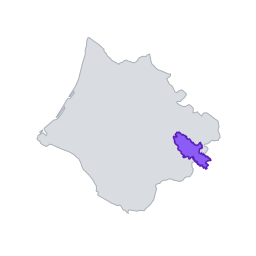 Bagoue, Savanes, Ivory Coast shown in context, rotated 128°
{"feature_id": "98640826B26044148659027", "entity_name": "Bagoue", "entity_type": "district", "adm_level": 2, "iso_a3": "CIV", "parent_name": "Ivory Coast", "parent_adm1": "Savanes", "projection": "natural_earth1", "projection_center": [-6.474, 9.903], "detail": "fine", "context": "in_parent", "style": "filled", "palette": "violet", "viewbox_px": 256, "rotation_deg": 128, "n_neighbors": 0, "source": "geoboundaries", "source_scale": "gbopen_adm2", "svg_char_len": 7999}
<svg xmlns="http://www.w3.org/2000/svg" viewBox="0 0 256 256"><g transform="rotate(128 128 128)"><path d="M71.0,56.8L71.7,56.8L73.5,56.2L75.1,54.8L76.6,51.9L78.7,49.6L81.0,49.8L81.7,49.4L82.5,49.3L83.5,50.8L84.5,52.0L85.2,52.0L85.7,54.2L89.9,55.1L91.7,55.7L93.2,57.3L93.8,57.3L94.4,57.0L94.9,56.5L95.0,55.8L94.4,54.4L94.6,53.1L95.3,51.9L96.4,51.9L98.1,51.5L99.9,51.5L101.3,51.7L101.9,50.6L101.4,47.3L101.5,45.5L101.7,44.0L102.3,43.4L104.4,45.3L106.3,46.0L107.6,46.0L108.0,45.7L107.4,43.6L107.6,42.9L108.1,42.6L109.0,42.4L111.5,41.5L112.2,45.0L112.0,46.0L112.5,48.3L113.1,50.3L113.1,51.2L112.5,52.5L111.9,53.6L112.0,54.1L113.0,54.9L114.8,55.8L116.8,55.9L117.8,54.7L119.0,53.8L119.7,52.9L120.0,51.6L121.2,50.6L124.7,49.4L127.9,49.3L128.7,49.6L130.2,51.5L132.0,52.7L134.8,52.5L136.9,53.3L138.6,54.7L139.8,57.8L141.1,60.0L141.7,63.2L143.7,64.8L145.3,65.6L147.5,67.9L149.8,69.1L152.1,68.8L153.2,70.0L154.9,70.8L156.6,70.9L158.2,68.2L160.2,67.2L165.3,65.1L167.3,64.1L169.3,63.5L174.2,63.3L178.8,64.0L181.0,64.5L182.6,64.1L184.1,65.4L185.6,68.0L186.8,68.9L188.1,69.8L189.1,71.9L190.2,73.9L190.8,74.9L192.1,76.9L193.3,76.9L194.5,76.0L195.0,75.4L195.2,76.7L194.7,78.9L194.8,80.3L195.5,80.8L195.1,82.5L193.8,85.5L193.8,87.3L195.1,87.8L196.1,89.7L196.7,92.9L197.3,93.9L197.3,94.6L198.3,102.3L199.5,110.0L198.8,111.1L197.7,111.4L197.0,111.7L196.8,112.4L197.3,113.5L197.0,114.5L195.7,115.1L192.9,117.6L192.7,118.6L191.9,120.7L191.3,121.9L190.4,124.3L188.9,130.6L188.4,135.8L188.3,137.4L187.8,138.5L187.1,140.1L184.0,144.6L182.5,148.2L182.7,149.8L182.8,151.4L182.3,152.5L182.4,155.6L182.8,158.2L183.3,160.7L185.6,167.9L186.7,172.2L187.5,175.7L188.1,178.0L188.7,179.0L189.0,179.9L192.3,180.6L192.9,181.1L193.8,185.6L193.7,187.7L193.0,188.5L193.0,190.2L192.9,192.4L192.4,193.2L190.6,193.4L189.3,194.2L187.6,193.8L187.5,193.3L186.6,193.1L184.1,191.9L184.5,187.9L183.4,187.8L182.5,188.3L180.8,193.0L179.9,193.9L167.6,191.4L165.0,189.4L161.8,189.0L156.2,189.2L151.6,189.8L150.3,191.0L161.9,190.3L163.1,190.4L163.7,191.1L149.1,192.7L143.5,193.6L141.8,193.4L140.5,191.9L134.5,191.7L133.2,192.2L132.5,193.3L134.9,193.1L138.6,193.0L139.6,193.9L127.8,195.0L119.6,197.1L116.2,198.7L104.7,203.9L97.8,206.4L95.9,207.3L92.8,209.8L88.7,211.4L84.1,214.4L81.3,215.1L80.7,214.1L80.6,209.1L80.2,202.3L80.4,199.7L80.7,197.2L80.8,195.2L82.1,194.5L82.5,193.6L82.7,191.0L84.0,188.6L84.0,184.4L84.4,183.5L84.7,182.4L84.2,179.7L83.4,174.5L83.1,174.2L82.8,174.4L82.1,174.5L79.2,172.7L77.0,172.4L75.4,170.9L75.3,169.1L74.6,168.1L74.0,166.1L73.3,163.8L71.1,162.4L69.0,162.1L67.6,162.4L65.9,162.3L63.9,161.5L62.5,160.6L61.3,158.9L60.1,157.6L59.1,157.8L58.0,157.4L56.8,156.8L56.5,156.4L61.2,151.0L62.9,148.4L63.0,146.8L63.0,145.1L63.6,143.5L63.7,140.9L61.1,131.8L60.4,128.9L59.7,128.1L59.3,127.8L60.6,126.6L62.4,126.9L65.2,127.8L65.8,126.9L68.0,122.2L67.9,120.5L67.7,119.3L69.0,116.2L69.9,114.9L70.5,113.6L70.3,111.8L69.6,111.1L68.6,111.2L67.4,110.8L65.6,109.8L64.7,108.8L65.0,104.6L65.1,103.3L65.8,102.6L66.8,102.4L69.5,102.2L71.8,102.7L73.8,103.0L74.8,103.0L75.7,104.2L76.8,105.5L77.8,105.5L78.2,104.6L77.9,100.4L77.3,98.2L75.8,96.1L71.9,94.3L71.8,91.8L72.2,89.0L73.0,88.0L75.9,86.3L75.4,85.4L74.5,84.4L72.6,83.4L73.1,80.1L73.2,77.2L71.6,77.5L70.0,77.7L68.7,76.8L67.5,75.0L67.3,70.1L67.3,64.5L67.1,62.0L67.5,60.7L68.9,59.4L70.4,57.8L71.0,56.8ZM186.1,193.9L185.4,195.0L182.3,194.3L183.0,193.4L186.1,193.9Z" fill="#d9dde1" stroke="#a8b0b8" stroke-width="1"/><path d="M113.0,54.6L112.9,54.6L112.9,54.1L112.6,54.1L112.3,53.9L112.3,53.3L112.0,52.9L112.3,52.6L112.5,52.5L112.8,52.8L113.0,52.8L113.0,52.6L113.1,52.3L112.9,52.0L112.8,51.8L113.5,51.1L113.4,51.0L113.2,50.9L113.1,50.7L113.1,50.2L113.1,49.9L113.3,49.8L113.6,49.9L113.6,49.6L113.3,49.3L113.0,49.0L113.0,48.3L113.2,48.0L113.5,47.8L113.6,47.7L113.3,47.5L112.6,47.5L112.6,47.4L112.6,47.1L112.4,46.8L112.2,46.8L112.1,47.0L111.9,47.0L111.6,46.9L111.6,46.7L111.7,46.2L111.9,46.0L112.1,46.0L112.4,45.7L112.6,45.3L112.5,45.1L112.4,45.2L112.5,44.8L112.4,44.8L112.2,44.7L112.1,44.4L112.3,44.1L112.7,44.1L113.0,43.8L113.0,43.7L112.7,43.7L112.4,43.4L112.3,43.2L112.1,43.2L111.9,43.1L111.9,42.9L112.0,42.8L112.1,42.3L112.0,42.0L112.3,41.7L112.4,41.4L112.1,41.3L111.9,41.2L111.4,40.9L110.0,42.5L109.4,42.3L108.7,42.0L108.4,42.0L108.1,41.8L107.8,41.9L107.7,42.1L107.8,42.3L107.7,43.6L108.0,44.8L107.4,45.6L106.8,45.4L106.6,45.5L106.2,45.3L105.6,45.3L104.8,45.0L104.7,44.7L104.3,44.4L104.1,44.3L103.7,44.2L103.3,43.8L103.2,43.2L102.5,42.8L102.4,42.8L102.2,43.0L102.2,43.4L102.2,43.5L102.4,43.7L102.4,43.8L102.4,44.0L102.0,44.0L101.8,44.2L101.9,44.4L101.7,44.7L101.7,44.9L102.0,45.2L102.0,45.5L101.9,45.7L101.9,46.0L101.9,46.3L102.1,46.5L101.9,46.7L101.7,46.7L101.6,47.1L101.8,47.4L101.6,47.5L101.6,47.9L101.8,48.1L101.7,48.3L101.8,48.5L102.0,48.8L102.4,48.8L102.4,49.0L102.8,49.2L102.8,49.4L102.8,49.6L102.4,50.2L102.3,50.3L102.4,50.6L102.4,51.2L102.0,51.5L102.2,51.8L102.3,51.9L102.3,52.1L102.4,52.4L102.4,52.5L102.5,52.6L102.4,52.7L102.6,52.7L102.7,52.9L102.8,52.9L102.8,53.0L102.7,53.1L102.7,53.3L102.8,53.3L102.7,53.4L102.6,53.5L102.7,53.8L102.7,54.0L102.7,54.3L102.8,54.4L102.7,54.5L102.8,54.5L103.0,54.8L103.4,54.7L103.5,54.8L103.7,55.0L103.6,56.1L103.7,56.5L103.8,56.7L103.8,56.8L103.7,57.0L103.2,57.3L101.8,57.9L101.0,58.5L100.1,58.6L99.8,58.5L99.2,57.7L98.9,57.7L98.6,57.5L98.4,57.8L98.3,57.6L98.1,57.5L97.7,57.8L97.5,57.7L97.4,57.8L97.2,58.0L96.9,58.4L96.8,58.5L96.6,58.4L96.5,58.6L96.4,58.7L96.2,59.1L96.2,59.3L95.9,59.5L95.8,59.8L95.7,60.1L95.9,60.2L95.9,60.6L95.7,60.8L95.6,61.0L95.1,61.5L95.0,61.8L94.9,62.1L95.7,62.4L96.8,62.3L97.3,62.3L97.6,62.4L98.1,62.5L98.6,62.5L99.0,62.5L99.3,63.4L99.7,63.9L100.0,64.4L99.9,64.8L100.1,64.8L100.2,65.0L100.2,65.4L100.2,65.7L100.1,65.8L99.9,65.8L99.8,66.4L99.9,66.6L99.9,66.8L99.6,67.1L99.4,67.3L99.3,67.5L100.1,67.9L100.2,68.0L100.0,68.4L99.7,69.1L100.1,69.4L100.1,69.5L99.8,69.7L99.7,69.8L99.6,70.1L99.7,70.3L99.6,70.6L99.4,70.7L99.2,71.2L98.9,72.0L99.0,72.2L99.1,72.6L98.9,72.8L98.9,73.0L99.1,73.1L99.4,73.2L99.7,73.8L100.2,74.1L100.2,74.5L100.1,74.9L99.8,75.0L99.6,75.3L99.7,75.6L99.6,75.8L99.2,76.1L98.8,76.6L99.6,77.0L99.3,77.4L99.1,77.4L99.0,77.5L98.8,77.8L98.8,78.2L98.9,78.6L99.0,78.7L99.1,78.9L99.3,79.0L99.2,79.5L99.3,79.8L99.2,80.0L99.2,80.5L99.3,80.8L99.7,80.7L100.0,80.9L100.2,81.0L100.3,81.2L100.1,81.7L100.1,83.0L100.0,83.5L99.8,83.6L99.8,84.0L100.1,84.3L100.2,84.5L99.9,85.0L99.8,85.3L100.4,85.3L100.7,85.3L100.9,85.6L101.0,85.6L101.2,85.8L101.2,86.0L101.1,86.3L101.2,86.8L101.6,86.8L102.3,86.6L103.0,86.8L103.3,86.9L103.6,86.7L103.9,86.7L104.1,86.6L104.5,85.6L104.4,85.5L104.2,85.5L104.1,85.3L104.1,85.0L104.2,84.7L104.3,84.2L104.6,84.1L105.0,84.3L105.8,84.5L105.9,85.0L106.3,86.3L106.4,86.8L107.0,86.7L107.6,86.1L107.8,86.0L107.9,85.6L108.0,85.2L108.9,84.2L109.2,83.4L109.5,83.1L109.5,82.9L109.8,82.8L110.0,82.8L110.3,82.8L110.4,82.4L110.7,82.1L110.8,81.7L111.1,81.2L111.3,80.4L111.3,80.0L111.1,79.8L111.1,79.6L111.3,79.3L111.3,79.2L111.1,78.8L111.2,78.7L111.3,78.4L111.3,77.7L111.4,77.3L112.2,76.7L112.8,76.4L113.1,76.2L113.6,76.0L113.8,75.8L114.1,75.2L114.2,74.6L114.1,74.1L113.9,73.7L114.0,72.9L113.9,72.1L114.0,71.6L114.1,71.3L114.7,70.8L115.0,70.8L115.1,69.9L115.4,69.3L115.0,68.1L115.0,67.3L115.1,66.6L115.3,66.3L115.4,66.2L115.9,67.0L116.5,67.2L116.9,66.7L117.0,66.5L117.1,66.2L116.7,65.9L116.2,65.1L115.8,64.9L115.4,64.5L114.5,64.2L114.1,63.8L113.9,63.7L113.5,63.2L113.4,62.7L113.5,62.1L114.3,61.7L114.7,61.2L114.7,60.8L114.7,60.6L114.3,60.4L114.1,60.3L112.3,60.1L111.4,59.7L111.3,59.8L111.1,59.7L111.0,59.4L110.8,59.0L110.6,58.9L110.4,59.0L110.3,58.9L110.4,58.7L110.6,58.8L110.7,58.6L110.7,58.3L110.8,58.2L110.8,58.3L110.8,58.5L110.9,58.8L111.2,59.0L111.4,59.0L111.4,58.4L111.5,58.0L111.3,58.0L111.1,58.1L111.3,57.9L111.4,57.7L111.7,57.5L111.7,57.3L111.9,57.4L112.0,57.8L111.9,58.0L112.1,58.1L112.3,58.0L112.3,57.2L112.2,57.1L111.9,57.1L112.1,56.7L112.4,56.4L112.5,56.3L112.6,56.2L112.7,55.9L112.3,55.6L112.4,55.1L112.6,54.9L112.8,55.1L112.9,54.9L113.0,54.6Z" fill="#8b5cf6" stroke="#5b21b6" stroke-width="1.5"/></g></svg>